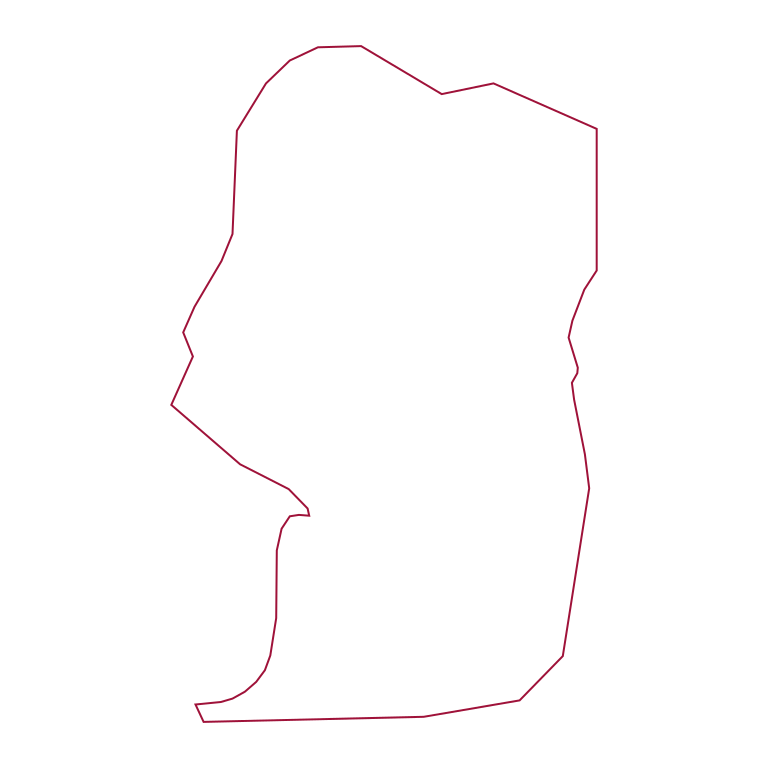 outline of Žalec
{"feature_id": "SVN-224", "entity_name": "Žalec", "entity_type": "Statistical Region", "adm_level": 1, "iso_a3": "SVN", "parent_name": "Slovenia", "parent_adm1": "", "projection": "natural_earth1", "projection_center": [15.16, 46.26], "detail": "fine", "context": "isolated", "style": "outline", "palette": "rose", "viewbox_px": 768, "rotation_deg": 0, "n_neighbors": 0, "source": "natural_earth", "source_scale": "10m", "svg_char_len": 661}
<svg xmlns="http://www.w3.org/2000/svg" viewBox="0 0 768 768"><path d="M596.7,128.9L596.7,270.5L584.3,289.6L572.4,320.7L568.6,337.6L577.8,367.7L577.3,373.2L571.9,382.8L574.1,399.6L584.9,454.3L589.2,488.3L562.8,656.1L519.6,700.4L423.7,716.8L203.6,721.9L195.5,704.5L220.9,702.0L232.5,698.6L244.9,691.7L256.2,681.9L264.9,670.2L270.3,655.5L276.2,618.1L276.8,550.4L281.6,528.7L289.8,516.3L298.9,514.9L309.2,515.7L307.6,508.5L288.7,489.1L240.1,464.3L171.3,404.9L192.9,356.5L183.2,332.4L194.5,306.8L221.5,261.0L232.5,234.0L236.9,130.7L266.0,83.4L289.8,60.5L317.9,47.3L361.1,46.1L441.7,94.1L493.5,83.4L596.7,128.9Z" fill="none" stroke="#9f1239" stroke-width="2"/></svg>